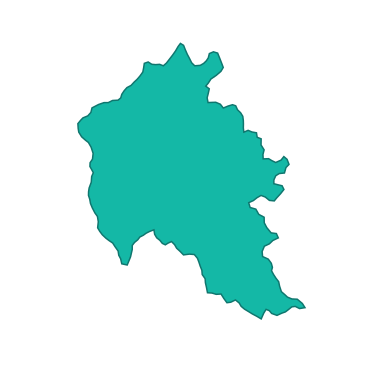 the district of São Gonçalo do Pará, Minas Gerais, Brazil, rotated 162°
{"feature_id": "56859067B13989026202500", "entity_name": "São Gonçalo do Pará", "entity_type": "district", "adm_level": 2, "iso_a3": "BRA", "parent_name": "Brazil", "parent_adm1": "Minas Gerais", "projection": "albers", "projection_center": [-44.836, -19.973], "detail": "fine", "context": "isolated", "style": "filled", "palette": "teal", "viewbox_px": 384, "rotation_deg": 162, "n_neighbors": 0, "source": "geoboundaries", "source_scale": "gbopen_adm2", "svg_char_len": 2884}
<svg xmlns="http://www.w3.org/2000/svg" viewBox="0 0 384 384"><g transform="rotate(162 192 192)"><path d="M279.4,292.3L280.6,287.7L281.2,283.9L279.9,278.6L277.2,274.0L275.2,271.1L274.1,265.7L274.1,259.3L276.5,254.0L279.9,251.3L281.2,247.8L280.5,244.3L279.9,240.8L282.6,237.8L284.8,232.4L288.6,227.6L290.3,224.2L291.5,220.8L291.5,216.6L292.1,212.4L291.7,207.5L290.8,202.1L289.5,198.0L290.3,192.7L292.8,187.1L291.9,183.1L290.5,179.0L288.1,174.6L285.8,171.3L283.2,168.0L282.1,163.8L280.5,158.7L281.2,154.5L280.5,150.5L281.0,145.4L276.2,142.6L273.1,146.2L270.5,149.3L268.7,152.3L266.6,155.8L265.3,159.7L262.2,161.8L258.4,163.3L255.5,165.3L251.7,165.9L248.3,167.0L244.4,167.6L239.9,167.8L240.6,163.3L239.7,159.3L237.5,156.0L236.1,152.3L233.7,150.0L230.5,150.8L226.8,151.2L224.8,147.2L224.0,143.3L222.0,139.8L219.5,134.8L213.6,133.7L209.1,131.8L207.3,127.3L207.1,123.0L207.1,119.0L206.8,114.5L207.8,110.3L206.3,105.5L207.3,101.5L207.7,97.0L208.4,91.4L204.2,89.7L200.6,87.2L195.9,86.0L194.6,80.8L193.0,75.9L189.2,75.2L184.0,75.9L181.4,71.8L180.6,68.1L178.3,64.4L175.0,60.6L172.4,57.5L168.9,53.9L165.4,49.9L161.2,54.6L157.8,57.5L155.1,55.2L153.8,51.9L149.3,48.4L144.0,49.0L140.2,49.1L136.5,50.4L132.6,51.9L129.2,51.3L125.7,47.9L120.3,47.1L121.5,51.9L125.0,57.5L130.0,59.4L133.7,62.5L135.5,65.8L137.8,69.6L137.8,75.3L137.3,79.9L138.8,84.1L139.9,88.2L140.7,92.5L138.8,95.5L138.6,99.7L140.2,104.6L144.8,108.8L143.7,113.7L139.9,118.1L134.4,118.8L130.1,120.9L124.1,121.7L124.6,126.4L129.4,128.7L131.9,135.1L132.8,140.4L131.2,145.7L135.4,150.1L136.6,156.0L141.5,159.3L141.4,164.3L136.2,164.9L131.9,166.5L127.4,167.4L123.8,164.5L121.0,160.1L116.5,158.1L113.3,160.2L108.3,163.0L103.8,166.0L104.4,170.1L108.0,172.3L111.6,174.6L110.4,178.2L107.3,181.6L103.3,182.6L98.2,181.5L95.1,186.2L91.2,188.3L91.5,193.7L93.7,197.3L97.5,194.8L103.3,194.2L106.5,197.3L108.8,200.0L114.1,201.5L112.9,205.8L110.4,209.8L111.8,215.4L109.8,221.2L113.1,223.9L112.4,228.4L116.5,230.6L119.6,233.3L124.2,232.9L123.4,237.0L122.1,240.7L121.1,244.1L120.3,248.3L121.3,252.4L123.3,256.1L123.8,260.5L126.5,262.5L131.2,262.6L136.3,262.2L137.9,266.7L141.7,270.0L145.5,271.1L149.1,272.1L148.5,276.9L146.1,280.7L143.7,284.8L146.2,288.4L142.8,290.6L139.1,293.6L133.0,295.4L127.2,297.8L123.8,300.8L124.0,305.4L124.3,310.5L124.7,316.2L128.3,318.7L132.7,318.3L135.1,314.5L137.9,312.3L141.2,310.7L145.0,309.9L150.4,311.2L152.4,315.0L153.1,319.8L153.9,324.3L154.4,329.2L154.7,334.1L157.1,336.9L160.2,334.7L164.0,331.3L168.0,328.3L171.8,325.7L176.5,322.5L180.3,320.9L183.3,323.4L187.3,324.4L190.8,325.9L193.5,329.2L197.6,329.1L199.6,325.1L201.7,321.3L205.8,318.3L209.6,316.0L212.9,314.5L217.0,312.2L221.6,311.4L225.2,309.3L228.6,306.6L230.7,303.5L234.0,302.2L239.3,303.6L244.0,302.9L248.0,304.2L253.8,304.1L261.1,302.9L263.6,298.9L267.6,296.6L272.8,296.2L275.8,294.6L279.4,292.3Z" fill="#14b8a6" stroke="#0f766e" stroke-width="1.5"/></g></svg>